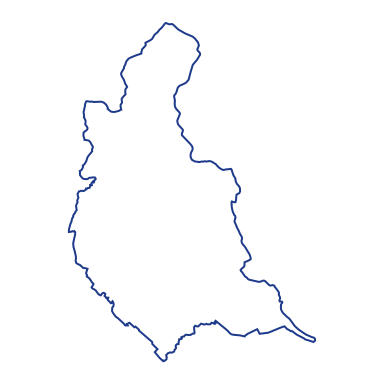 Bozovici, Caras-Severin, Romania
{"feature_id": "2599482B43426920958280", "entity_name": "Bozovici", "entity_type": "district", "adm_level": 2, "iso_a3": "ROU", "parent_name": "Romania", "parent_adm1": "Caras-Severin", "projection": "robinson", "projection_center": [21.961, 45.006], "detail": "fine", "context": "isolated", "style": "outline", "palette": "blue", "viewbox_px": 384, "rotation_deg": 0, "n_neighbors": 0, "source": "geoboundaries", "source_scale": "gbopen_adm2", "svg_char_len": 5917}
<svg xmlns="http://www.w3.org/2000/svg" viewBox="0 0 384 384"><path d="M315.1,340.6L315.0,338.9L314.0,337.7L311.8,337.1L306.1,334.6L302.1,332.0L298.3,329.3L294.8,326.1L289.8,319.2L288.9,318.3L286.8,316.7L282.9,312.9L281.3,310.1L280.9,308.4L280.9,306.2L281.1,304.3L282.1,303.0L282.3,302.5L282.1,301.7L279.6,301.4L279.5,300.0L280.0,298.8L280.1,297.6L279.7,296.5L279.1,295.6L278.8,294.0L279.0,292.8L278.3,291.4L274.8,286.8L274.3,285.7L272.7,285.1L270.4,285.6L269.2,285.1L265.1,281.1L264.0,280.6L262.8,280.7L260.3,281.7L258.5,281.8L249.6,279.8L248.1,279.2L247.0,277.8L245.1,276.5L241.9,271.9L240.8,270.9L240.6,269.9L242.2,268.2L244.1,266.7L244.4,265.6L244.6,262.2L248.5,260.6L250.7,259.2L250.7,258.4L250.2,256.1L249.3,254.0L244.8,246.6L243.3,245.0L242.1,243.3L241.6,241.9L241.5,240.6L242.1,238.6L241.7,236.7L240.0,233.9L238.6,230.6L236.9,227.4L235.9,224.7L234.6,222.0L234.6,220.7L235.5,217.7L235.2,216.0L234.2,214.9L232.7,211.5L231.8,207.4L231.5,202.5L231.9,201.5L233.5,202.1L235.4,202.2L236.0,200.1L236.3,196.2L236.6,194.6L239.3,193.1L240.1,191.4L239.9,187.9L238.9,186.1L237.0,184.0L236.0,182.1L235.5,180.4L235.4,178.6L233.4,175.2L231.5,169.5L231.0,168.9L225.4,169.5L223.8,170.0L222.4,169.7L219.6,168.1L217.6,166.3L216.0,164.3L211.7,161.6L209.5,161.1L208.5,161.1L206.5,161.6L205.4,161.3L204.3,161.3L202.7,161.7L201.8,161.5L199.4,162.1L194.7,161.4L191.8,159.7L190.5,156.5L190.7,153.8L191.3,152.1L192.2,150.6L192.6,149.1L192.6,147.6L192.0,146.2L190.6,144.3L182.0,135.3L181.9,133.5L182.8,131.3L182.9,129.9L182.4,129.2L178.9,125.4L178.0,124.1L177.4,121.8L177.3,120.4L179.8,114.3L179.9,113.3L179.4,112.4L176.2,108.9L174.9,106.5L174.7,103.4L174.9,100.4L174.3,97.7L174.1,96.0L174.4,95.2L175.1,94.5L176.3,92.6L177.7,87.9L178.7,86.5L180.3,85.4L183.6,84.0L186.1,82.6L188.1,80.4L188.7,79.4L190.7,71.7L192.8,64.8L196.8,60.1L200.1,54.7L200.0,53.5L199.8,52.9L198.9,51.8L197.8,50.8L197.3,49.4L198.9,45.5L198.0,42.4L194.8,38.4L192.6,36.6L184.9,33.3L178.3,29.5L172.9,24.4L171.6,24.0L169.8,24.3L168.9,24.2L165.9,23.0L165.0,23.5L162.0,27.4L159.5,29.7L157.5,32.3L154.6,34.7L152.2,38.8L150.4,40.2L145.4,42.8L145.8,44.9L145.1,46.1L142.2,49.2L141.3,52.3L141.5,52.8L141.5,53.2L141.3,53.6L135.4,55.6L130.8,57.5L128.5,58.7L126.4,61.3L126.0,62.1L125.3,64.6L124.1,66.7L124.0,68.2L121.3,72.8L121.1,74.3L121.8,76.3L123.8,79.6L125.4,84.0L126.7,86.0L127.1,87.0L125.4,89.4L125.3,91.5L125.2,92.1L125.5,94.4L123.3,96.6L121.7,98.7L121.7,100.3L122.0,102.0L122.0,102.6L121.5,103.6L120.8,104.4L120.6,105.0L120.6,106.6L121.2,109.6L120.6,109.6L119.7,110.5L118.2,111.1L115.3,111.8L114.0,112.0L111.8,111.8L110.5,111.3L108.2,109.3L108.0,108.8L107.7,108.8L107.7,107.7L107.5,107.0L106.1,104.6L103.9,102.7L102.8,102.2L101.2,101.7L93.6,102.0L92.2,101.6L89.7,101.7L87.1,101.2L86.1,101.5L85.1,104.2L84.9,106.3L84.2,109.1L84.2,109.9L83.6,111.8L83.6,113.0L84.0,114.5L84.1,115.9L83.9,117.4L84.6,118.4L85.6,120.8L85.6,122.2L85.2,124.0L85.4,124.7L86.5,126.0L87.2,127.2L87.5,127.9L87.5,128.7L87.0,129.7L86.6,130.2L83.7,132.3L83.5,132.9L83.6,133.5L83.4,134.3L83.5,136.3L84.3,138.3L84.5,139.9L87.1,140.2L88.9,140.7L90.2,142.0L92.2,145.7L92.9,146.6L92.8,147.5L92.0,149.4L92.2,151.3L88.7,155.5L87.3,157.7L86.5,160.6L85.0,163.4L83.6,165.0L82.8,165.5L83.1,166.6L83.0,167.1L82.0,169.3L81.1,170.4L79.8,170.9L80.0,172.2L79.9,173.5L80.0,175.1L82.2,178.0L83.2,178.7L84.0,178.9L85.4,179.1L87.1,179.1L88.1,178.7L89.1,177.9L92.9,177.4L95.0,177.5L95.4,178.0L95.7,179.1L94.7,180.1L92.9,181.5L93.0,182.2L93.9,182.3L93.8,182.5L92.3,182.5L91.7,182.8L91.4,183.5L91.9,185.2L91.4,185.3L90.5,185.0L90.1,185.0L90.0,186.9L89.6,187.8L87.6,188.1L87.1,188.7L86.1,188.5L85.9,189.6L83.7,191.0L80.8,190.8L79.9,191.3L79.0,191.4L78.7,191.7L77.6,194.0L77.8,195.7L78.4,197.5L77.2,200.6L77.6,202.3L76.8,203.6L76.0,206.0L76.7,210.0L75.3,212.0L74.9,213.2L74.2,213.8L73.8,214.5L73.2,215.7L73.2,216.9L72.6,217.6L72.0,219.1L71.2,222.5L70.6,223.3L68.9,229.7L68.9,232.0L71.0,231.8L72.3,231.2L72.9,231.3L73.4,231.6L74.3,231.1L75.2,232.1L75.2,234.1L73.2,243.2L73.5,247.0L74.8,251.5L75.8,256.1L76.0,258.3L75.6,260.7L76.3,263.1L78.1,264.2L80.0,265.0L83.2,267.9L85.4,268.2L87.5,268.8L86.1,272.9L86.5,274.2L87.1,275.4L86.7,276.2L87.1,276.8L88.9,277.9L90.9,280.5L91.6,282.0L93.5,283.9L93.2,284.8L91.6,287.3L92.3,288.4L94.3,289.4L95.8,290.5L98.2,293.9L100.0,295.2L100.8,295.3L101.6,294.1L102.7,293.1L103.4,292.9L104.4,293.1L105.3,293.9L105.0,295.0L104.5,295.9L104.8,296.2L105.7,297.0L106.2,297.9L107.3,297.6L108.3,297.7L108.1,298.5L107.4,299.1L108.2,300.5L109.6,301.7L110.8,303.2L111.8,303.0L112.0,302.0L112.5,301.3L113.1,302.1L113.7,304.3L113.4,306.2L112.2,307.7L112.2,309.3L112.0,311.0L113.4,313.5L115.7,316.6L117.6,317.9L123.1,322.9L124.2,324.1L124.7,324.9L125.5,325.5L127.7,325.4L126.8,324.0L129.5,322.8L134.4,327.3L135.5,326.6L139.0,329.7L139.0,330.6L152.2,342.0L152.3,344.0L157.5,349.1L154.8,352.1L159.5,357.8L163.0,361.0L163.3,360.5L164.5,360.9L166.0,359.7L166.6,359.0L166.5,357.7L166.8,357.2L166.7,356.8L166.2,355.8L166.2,355.0L167.3,354.0L167.8,353.3L170.0,352.4L171.0,352.6L171.9,352.6L174.1,351.6L174.5,350.1L175.5,348.8L176.1,347.8L175.7,346.7L175.7,345.6L176.3,344.7L177.1,344.1L178.5,344.1L178.5,342.8L178.8,342.3L178.7,341.9L179.2,339.2L180.8,339.2L181.8,338.6L181.3,337.5L181.3,337.2L183.1,336.5L184.0,336.5L184.8,335.4L186.0,334.7L188.3,335.0L190.6,334.9L192.7,333.6L194.1,333.6L194.6,332.8L194.1,328.9L194.1,327.1L195.2,325.7L197.3,326.5L198.3,326.4L200.9,323.8L201.8,323.8L204.1,324.6L205.6,324.2L206.5,323.8L207.5,324.3L209.8,324.3L210.3,324.2L211.6,322.7L214.9,323.9L215.8,323.0L214.5,322.3L215.6,320.8L226.0,329.3L228.4,331.5L228.8,332.2L229.4,332.6L230.0,333.3L231.4,334.3L233.0,334.7L240.1,335.4L244.7,336.4L244.8,335.9L247.9,333.7L257.2,329.2L258.2,330.9L259.6,333.8L268.3,332.7L280.2,327.8L283.1,326.7L284.7,326.4L285.2,327.1L287.1,329.0L289.8,330.4L290.6,331.1L292.1,331.1L296.5,334.5L304.0,338.4L305.6,339.6L308.1,340.2L313.4,342.0L315.1,340.6Z" fill="none" stroke="#1e3a8a" stroke-width="2"/></svg>